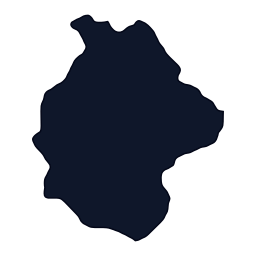 Piedra Blanca, Monseñor Nouel, Dominican Republic
{"feature_id": "3306468B87386677214515", "entity_name": "Piedra Blanca", "entity_type": "district", "adm_level": 2, "iso_a3": "DOM", "parent_name": "Dominican Republic", "parent_adm1": "Monseñor Nouel", "projection": "orthographic", "projection_center": [-70.332, 18.811], "detail": "fine", "context": "isolated", "style": "filled", "palette": "ink", "viewbox_px": 256, "rotation_deg": 0, "n_neighbors": 0, "source": "geoboundaries", "source_scale": "gbopen_adm2", "svg_char_len": 3584}
<svg xmlns="http://www.w3.org/2000/svg" viewBox="0 0 256 256"><path d="M44.9,187.5L44.4,191.2L44.3,193.5L44.5,194.9L44.6,195.6L45.0,196.2L45.4,196.8L46.0,197.2L46.7,197.5L48.1,197.9L50.4,197.9L56.3,197.9L58.7,198.1L60.3,198.5L61.8,199.3L63.1,200.4L65.0,202.1L76.4,213.9L78.1,215.8L79.0,217.1L80.4,219.8L81.1,221.1L82.5,222.6L83.6,223.5L89.4,226.5L90.9,227.0L91.7,227.1L95.0,227.4L103.4,227.4L106.7,227.6L109.1,228.0L113.9,229.6L115.3,230.2L118.8,231.4L122.6,233.4L125.4,234.6L129.1,236.7L131.1,237.7L132.4,238.4L133.6,239.2L135.3,240.6L137.1,240.3L138.3,240.0L139.6,239.4L142.1,238.1L144.8,236.9L146.6,235.7L148.3,234.2L160.3,222.4L162.8,219.6L164.0,217.8L165.2,215.1L166.6,212.6L167.2,211.3L167.7,209.0L168.2,203.6L168.6,202.2L169.3,200.4L169.6,199.2L169.7,198.6L169.6,197.9L169.2,196.7L167.2,192.3L166.4,191.1L163.6,187.7L162.7,186.5L162.0,185.2L161.5,183.6L161.2,181.9L161.1,180.3L161.0,177.7L161.1,176.0L161.4,174.4L161.6,173.6L161.9,172.8L162.7,171.6L163.7,170.6L164.9,169.7L168.2,168.3L172.8,165.5L173.2,165.1L173.8,163.9L174.7,160.6L175.3,159.3L175.7,158.7L176.7,157.7L177.8,156.9L184.3,153.7L185.7,153.3L188.7,152.8L190.2,152.4L191.5,151.8L194.0,150.5L196.8,149.3L199.3,148.0L200.5,147.4L202.0,147.0L205.0,146.5L206.5,146.1L207.8,145.5L210.3,144.2L212.3,143.3L213.6,142.6L214.1,142.2L215.1,141.2L215.9,140.0L216.3,139.3L217.7,135.3L218.3,132.6L219.9,130.6L221.4,128.5L222.2,127.0L222.7,125.3L223.0,121.7L223.1,115.3L223.2,111.5L220.6,111.1L219.2,110.8L218.0,110.3L217.4,109.9L216.5,108.9L214.1,105.0L213.1,103.2L212.3,102.2L211.2,101.3L207.7,99.2L206.5,98.5L203.8,97.2L202.7,96.4L201.7,95.4L200.9,94.3L199.6,91.7L199.2,91.1L198.3,90.0L197.3,89.1L196.0,88.3L194.0,87.4L191.5,86.1L190.2,85.5L188.7,85.1L184.9,84.4L183.6,83.9L179.4,81.6L178.9,81.2L178.4,80.7L178.0,80.1L177.7,78.7L177.6,78.0L177.8,76.6L178.1,75.2L179.4,72.8L179.9,71.6L180.2,70.2L180.0,68.7L179.3,67.3L178.4,66.0L177.4,64.9L169.7,57.4L168.0,55.6L166.4,53.8L165.1,51.9L163.5,48.5L162.6,47.3L159.8,43.9L159.0,42.7L158.3,41.4L157.4,39.3L155.4,35.5L154.2,32.8L153.4,31.4L151.9,29.6L150.3,27.8L148.0,25.5L146.1,24.0L144.8,23.1L140.4,21.1L139.3,20.8L138.6,20.8L138.0,20.9L137.5,21.2L136.5,21.9L135.7,22.8L134.7,24.3L134.3,24.8L133.8,25.1L132.6,25.6L129.9,26.4L128.6,27.0L126.8,28.2L124.0,30.6L122.8,31.4L122.1,31.7L120.6,32.2L119.9,32.3L118.3,32.3L116.8,32.0L115.3,31.4L114.1,30.6L113.0,29.6L111.5,28.0L110.2,26.2L108.6,23.0L107.7,21.6L104.5,22.2L101.2,22.5L98.1,22.5L95.9,22.2L94.6,21.7L94.0,21.3L93.2,20.3L91.8,18.1L90.5,16.7L89.4,15.9L88.8,15.6L88.2,15.4L87.5,15.4L85.6,15.6L83.5,16.2L79.8,18.3L77.0,19.4L72.4,22.0L71.9,22.3L71.5,22.8L71.2,23.5L71.0,24.1L71.0,24.8L71.2,25.5L71.5,26.1L72.3,27.1L72.8,27.6L73.9,28.3L75.8,29.2L77.1,29.8L78.7,31.2L79.5,32.4L81.2,35.6L83.0,38.8L84.1,41.5L85.7,44.6L86.1,46.0L86.2,46.7L86.0,48.2L85.8,48.9L85.1,50.1L83.4,53.0L82.6,54.0L82.1,54.4L79.7,55.8L77.9,57.3L76.1,59.0L74.6,60.9L73.9,62.2L72.7,64.9L71.0,68.0L69.9,70.8L67.8,74.5L66.6,77.3L65.8,78.6L64.7,79.9L63.0,81.6L61.1,83.0L57.0,85.0L51.3,89.3L48.6,90.6L47.4,91.3L46.3,92.3L45.5,93.4L45.1,94.0L44.6,95.4L44.0,98.3L43.6,99.8L41.9,103.6L41.3,106.0L41.2,108.6L41.1,111.1L41.3,125.8L41.2,128.2L41.0,129.8L40.5,131.2L40.1,131.8L39.6,132.2L37.4,133.6L36.2,134.5L35.0,135.5L34.0,136.6L33.2,137.8L32.9,138.4L32.8,139.1L32.8,139.8L33.1,141.0L34.8,144.7L35.6,146.1L37.2,148.1L41.3,152.4L42.9,154.3L43.8,155.7L45.6,159.1L49.0,163.4L49.8,164.7L50.1,165.4L50.3,166.9L50.3,167.7L49.9,169.0L48.3,172.0L47.1,174.7L45.4,177.8L44.9,179.2L44.6,180.8L44.5,183.1L44.6,185.5L44.9,187.5Z" fill="#0f172a" stroke="#020617" stroke-width="1.5"/></svg>